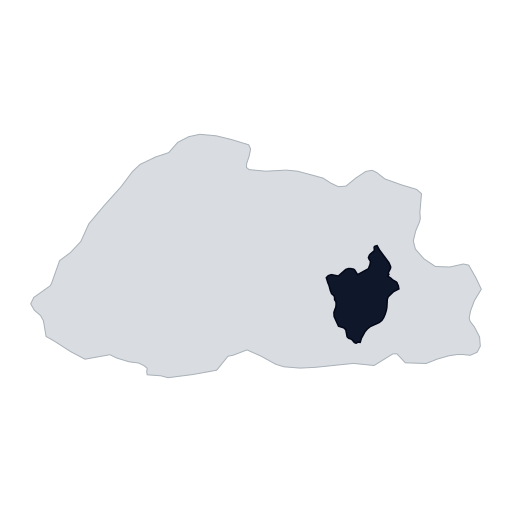 Bhutan, with Mongar highlighted
{"feature_id": "BTN-2490", "entity_name": "Mongar", "entity_type": "District", "adm_level": 1, "iso_a3": "BTN", "parent_name": "Bhutan", "parent_adm1": "", "projection": "albers", "projection_center": [91.21, 27.259], "detail": "fine", "context": "in_parent", "style": "filled", "palette": "ink", "viewbox_px": 512, "rotation_deg": 0, "n_neighbors": 0, "source": "natural_earth", "source_scale": "10m", "svg_char_len": 2483}
<svg xmlns="http://www.w3.org/2000/svg" viewBox="0 0 512 512"><path d="M420.3,218.5L419.5,221.9L415.7,231.0L413.3,241.0L415.4,249.1L423.9,258.8L435.4,266.5L449.9,267.0L463.3,264.0L468.7,265.1L476.0,278.0L481.3,289.2L474.3,300.8L470.5,311.0L469.2,318.2L470.1,321.3L474.5,327.1L479.6,337.0L480.3,346.2L477.2,352.2L470.2,355.3L462.9,354.5L456.8,354.6L449.1,355.7L437.2,359.1L426.1,363.5L405.3,362.8L396.9,353.8L393.0,353.8L374.1,365.5L353.4,363.4L315.8,367.3L300.1,368.1L284.0,366.8L275.8,364.3L260.7,356.0L247.0,349.9L232.9,355.3L228.0,356.2L216.7,370.2L192.3,374.6L168.0,377.7L160.9,375.8L147.2,374.8L146.7,371.5L147.2,368.3L144.1,365.7L138.6,363.0L129.1,361.8L116.9,358.1L109.9,354.7L85.0,359.2L70.6,351.6L54.3,341.1L46.1,336.5L43.4,320.7L40.6,315.6L34.2,310.1L30.7,303.8L33.8,297.4L50.3,285.7L51.7,282.9L59.6,260.6L70.3,252.7L80.8,241.5L88.9,223.7L104.2,205.5L121.0,186.8L132.5,171.5L140.1,164.4L155.7,156.9L168.7,152.6L177.8,142.3L188.7,136.7L199.8,134.3L216.2,135.8L231.7,139.6L248.7,144.8L250.6,149.0L249.1,156.3L246.6,163.7L246.5,167.5L249.1,169.6L265.8,171.2L286.2,170.1L297.6,171.2L323.1,178.1L330.6,183.0L338.4,186.7L346.0,186.1L355.7,178.1L365.8,171.4L372.1,170.3L376.7,172.5L384.8,178.9L401.6,184.9L416.6,189.4L421.5,193.7L419.9,212.3L420.3,218.5Z" fill="#d9dde1" stroke="#a8b0b8" stroke-width="1"/><path d="M377.1,245.6L379.5,250.0L388.9,262.6L390.6,266.6L390.7,267.2L390.4,268.6L388.3,272.8L388.9,274.6L387.6,276.0L390.8,278.1L392.7,279.9L396.3,281.9L396.9,282.5L397.2,283.1L397.3,283.7L398.1,285.2L398.4,286.0L398.5,286.5L398.5,287.0L398.9,288.9L393.5,291.7L388.2,296.8L387.3,299.4L386.9,307.1L386.6,309.0L386.3,310.5L385.2,314.1L383.7,317.6L381.9,320.4L379.3,322.5L370.2,326.6L367.4,328.9L365.0,331.7L361.4,338.3L360.2,342.4L357.8,342.2L356.3,343.2L355.6,343.1L354.5,342.6L353.5,341.6L352.5,340.2L351.2,339.2L350.2,338.7L349.0,338.5L347.9,337.6L347.1,336.8L345.8,329.9L344.2,328.2L343.6,327.8L338.5,326.2L334.1,316.5L333.9,312.4L334.8,309.7L335.7,307.5L335.9,306.5L336.1,304.1L335.9,301.7L334.6,299.8L334.5,297.3L334.3,296.7L334.0,295.8L332.0,294.0L331.6,293.7L330.3,290.4L329.0,285.4L327.9,282.9L326.3,277.7L328.2,275.7L328.7,275.5L331.4,274.6L338.3,276.0L345.8,269.4L348.6,268.5L351.0,268.6L353.5,269.1L354.5,269.7L357.6,274.6L368.4,268.7L370.1,264.2L370.4,261.5L370.2,260.7L369.2,259.5L368.4,257.6L369.5,255.0L370.8,253.6L374.1,250.9L374.3,249.7L374.1,247.2L374.5,246.5L375.2,246.1L375.7,246.0L377.1,245.6Z" fill="#0f172a" stroke="#020617" stroke-width="1.5"/></svg>